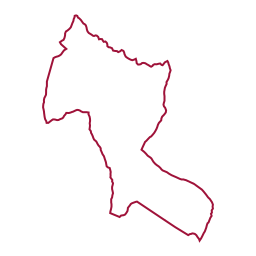 outline of Pereira Barreto, São Paulo, Brazil
{"feature_id": "56859067B20546049019920", "entity_name": "Pereira Barreto", "entity_type": "district", "adm_level": 2, "iso_a3": "BRA", "parent_name": "Brazil", "parent_adm1": "São Paulo", "projection": "equal_earth", "projection_center": [-51.113, -20.683], "detail": "fine", "context": "isolated", "style": "outline", "palette": "rose", "viewbox_px": 256, "rotation_deg": 0, "n_neighbors": 0, "source": "geoboundaries", "source_scale": "gbopen_adm2", "svg_char_len": 3819}
<svg xmlns="http://www.w3.org/2000/svg" viewBox="0 0 256 256"><path d="M110.2,213.1L119.6,217.0L121.0,215.6L122.0,215.4L123.6,215.2L125.0,214.6L126.0,213.4L127.4,211.2L127.8,209.3L127.9,207.9L128.8,206.7L129.8,205.5L130.8,204.0L132.1,203.2L134.0,202.5L135.7,201.9L137.0,201.6L161.5,218.0L175.3,227.2L188.2,235.1L189.9,234.1L191.2,233.9L192.3,233.4L193.7,233.6L194.8,233.9L196.3,235.1L197.7,237.3L199.0,238.9L199.6,240.6L201.1,238.4L202.4,235.9L203.8,233.0L204.8,231.5L206.2,227.8L206.8,225.4L207.5,223.3L208.5,222.5L209.3,220.5L210.4,217.7L211.6,215.9L211.0,213.8L211.9,212.6L211.7,210.4L212.9,208.6L212.6,206.7L212.9,204.6L212.0,202.3L209.9,199.1L208.1,197.4L206.0,194.5L203.5,191.4L201.9,189.6L194.0,183.9L186.1,180.2L183.2,179.4L181.8,179.5L180.1,179.0L176.0,177.1L174.6,176.5L171.6,175.2L169.0,173.7L166.9,172.2L162.6,170.4L161.4,169.3L160.3,167.9L158.7,166.4L156.9,165.2L155.2,163.8L153.5,161.9L152.6,160.5L151.5,158.6L150.6,157.7L147.7,155.7L145.9,153.6L144.1,151.8L141.5,149.7L142.9,146.6L144.5,143.2L145.0,142.0L146.5,140.7L147.4,139.7L148.8,138.2L150.0,137.0L151.1,136.5L152.8,134.6L154.2,132.9L155.2,131.3L156.5,128.9L157.3,126.9L157.9,124.9L158.9,122.9L160.0,121.7L161.2,120.4L161.4,118.5L162.2,116.6L163.7,115.1L164.8,113.8L165.8,112.4L166.1,110.3L165.6,109.0L165.1,107.7L164.0,106.4L163.5,104.7L163.8,103.1L164.5,100.8L164.5,98.9L164.5,96.1L164.2,93.9L164.2,91.8L164.9,87.8L165.6,86.1L166.6,84.0L166.5,82.1L167.9,79.7L168.6,78.1L169.2,75.7L169.4,73.7L170.1,71.9L170.6,70.2L169.9,68.4L169.5,66.4L168.5,63.8L168.2,62.4L167.4,61.0L165.9,61.8L164.9,62.3L163.8,63.7L162.6,65.2L161.5,64.9L160.2,63.5L158.5,63.8L156.7,64.3L154.6,64.2L153.2,64.9L152.4,66.0L151.1,66.7L149.9,66.1L148.6,65.2L146.9,64.3L145.4,63.3L143.7,62.9L142.2,63.0L140.7,64.2L139.3,64.5L138.0,64.5L136.7,63.2L136.4,61.0L135.8,58.8L134.2,59.6L132.3,60.2L130.7,59.7L129.1,58.9L127.4,57.9L125.7,56.6L124.5,54.1L124.1,52.3L123.4,50.9L121.6,50.0L120.1,51.3L118.2,52.1L117.0,51.1L115.3,51.0L113.1,50.6L112.0,48.2L110.1,47.4L108.6,47.2L107.4,46.2L107.3,44.2L106.7,42.7L105.4,41.5L103.7,41.8L102.8,40.6L102.1,39.2L100.7,39.0L99.0,39.3L98.2,36.9L96.7,35.6L95.5,35.4L94.0,36.0L92.9,35.7L91.6,34.7L89.8,33.6L88.8,33.0L87.6,31.5L86.9,29.6L86.5,27.4L85.8,25.3L84.6,24.1L83.5,23.6L82.5,22.3L80.9,20.0L79.2,18.3L78.0,17.6L77.3,15.9L76.1,15.4L74.7,15.8L74.5,17.4L73.8,18.8L73.3,21.2L72.4,23.1L71.7,25.0L70.8,27.3L69.5,28.8L67.5,30.5L65.9,31.5L65.1,33.5L65.1,35.1L64.8,36.6L64.4,38.1L63.5,39.9L62.1,40.6L59.9,42.2L61.0,44.2L66.3,48.9L65.4,49.5L64.3,50.1L63.2,51.4L61.1,54.4L59.5,55.6L58.0,56.3L56.5,56.7L55.1,57.2L53.5,58.1L46.9,81.5L46.9,84.3L46.9,86.2L46.4,88.0L46.1,89.8L46.1,92.4L46.0,94.7L45.1,96.6L44.3,98.1L43.9,100.2L44.0,102.3L43.4,103.8L43.2,105.6L43.1,107.4L43.6,109.6L44.0,111.7L44.1,113.1L44.3,114.5L44.5,116.1L44.8,117.8L45.2,119.3L46.3,121.3L46.6,122.9L48.3,122.9L49.8,121.7L51.9,120.1L53.0,119.4L54.9,119.5L57.1,120.1L58.5,120.0L60.0,119.2L61.1,118.8L62.4,118.3L63.3,117.4L64.1,115.9L65.5,114.3L66.3,112.9L68.9,113.0L70.4,112.6L71.9,112.0L73.0,111.7L75.9,110.3L77.1,109.9L78.4,110.0L79.8,110.5L81.1,111.4L82.9,112.2L84.6,112.2L86.7,112.2L88.6,112.5L88.5,114.3L89.6,116.7L90.0,118.9L90.1,120.9L89.7,123.2L90.0,125.5L89.8,127.4L89.5,129.3L90.8,131.1L91.1,133.0L91.8,134.1L92.7,136.1L93.4,138.1L94.1,139.6L96.3,141.5L97.6,144.0L98.6,145.6L99.7,146.7L100.7,148.3L100.7,149.9L101.6,151.9L102.6,154.3L103.8,156.0L104.3,157.3L104.7,158.7L105.3,160.4L105.9,162.2L106.3,164.5L106.7,166.4L108.1,167.5L109.7,168.0L110.3,170.2L110.7,172.0L110.5,173.9L110.6,175.8L110.4,177.4L111.3,178.6L112.3,180.0L112.1,181.4L113.0,183.2L112.7,184.8L112.1,186.9L112.1,189.1L112.6,191.2L113.0,193.2L112.4,195.2L112.1,197.4L111.2,199.2L111.2,200.9L111.2,202.5L111.5,204.2L111.5,206.7L111.0,209.2L110.4,211.4L110.2,213.1Z" fill="none" stroke="#9f1239" stroke-width="2"/></svg>